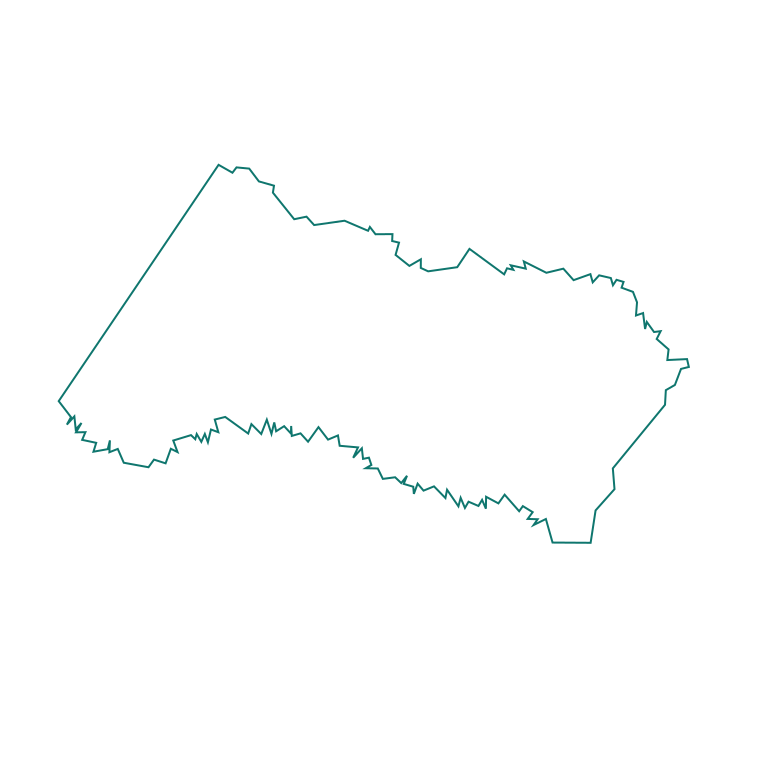 Cumaribo, Vichada, Colombia (orthographic projection), rotated 34°
{"feature_id": "7082276B31805828490385", "entity_name": "Cumaribo", "entity_type": "district", "adm_level": 2, "iso_a3": "COL", "parent_name": "Colombia", "parent_adm1": "Vichada", "projection": "orthographic", "projection_center": [-69.558, 4.15], "detail": "medium", "context": "isolated", "style": "outline", "palette": "teal", "viewbox_px": 768, "rotation_deg": 34, "n_neighbors": 0, "source": "geoboundaries", "source_scale": "gbopen_adm2", "svg_char_len": 1965}
<svg xmlns="http://www.w3.org/2000/svg" viewBox="0 0 768 768"><g transform="rotate(34 384 384)"><path d="M260.0,270.7L237.2,291.3L226.2,288.6L217.4,297.6L184.9,287.5L181.9,281.1L167.0,286.0L151.8,280.8L140.6,286.9L140.2,293.6L124.3,294.8L123.9,580.1L143.0,586.5L143.8,595.0L145.4,584.0L153.8,594.0L155.0,585.5L155.7,596.3L163.4,590.9L165.0,599.1L178.3,593.7L181.0,602.6L191.4,592.5L188.3,584.0L194.5,594.1L199.6,586.7L212.3,594.8L235.3,584.7L235.6,575.3L247.3,571.9L243.5,556.9L250.9,555.9L240.9,548.7L252.6,534.3L258.4,535.3L256.7,530.2L264.9,534.1L263.4,525.6L270.6,530.8L266.0,518.5L273.6,516.6L263.6,508.1L270.8,500.1L299.1,501.0L296.5,491.4L310.2,494.1L306.8,479.1L318.6,488.3L314.5,477.2L321.0,483.5L324.8,474.8L334.6,477.1L330.5,470.7L336.6,478.6L342.4,471.6L353.3,474.3L353.8,456.4L368.7,461.4L374.6,452.4L381.8,460.0L397.9,451.1L399.7,462.4L401.6,449.7L408.5,457.8L412.7,453.5L418.8,458.2L416.0,464.0L426.1,457.5L436.1,463.3L445.4,455.1L453.7,456.5L454.4,447.2L456.2,455.8L465.7,452.8L470.2,458.4L467.6,447.8L476.4,450.3L482.7,440.9L498.7,444.2L495.4,436.4L514.1,443.8L511.2,435.5L520.4,441.5L519.9,434.3L530.5,432.3L530.1,425.2L538.2,430.4L531.7,420.4L545.6,419.0L545.9,408.3L567.2,413.9L567.4,407.6L578.9,407.1L578.6,415.5L587.0,410.2L586.9,417.2L593.7,405.4L612.4,421.2L644.1,400.1L630.1,370.5L633.9,342.3L620.9,326.0L628.6,244.1L621.1,231.5L625.7,222.1L621.8,205.4L627.2,199.4L621.3,193.9L605.5,205.7L600.6,196.2L584.9,194.2L583.8,185.5L578.8,189.9L567.2,185.6L569.7,192.4L559.1,180.3L554.6,186.3L548.1,174.8L538.9,168.4L527.1,171.3L525.5,165.4L518.5,167.6L518.6,174.1L512.8,169.3L501.6,173.6L500.2,183.0L493.7,177.5L483.1,191.9L468.2,188.1L456.4,201.0L431.4,204.2L437.0,209.1L422.7,214.7L427.4,217.0L421.3,219.3L422.3,225.9L379.3,224.2L379.4,246.2L357.6,265.9L349.6,267.2L344.8,260.0L339.0,271.9L321.4,270.5L317.4,258.4L310.8,260.9L307.2,255.0L293.2,264.6L284.5,261.7L285.1,265.9L260.0,270.7Z" fill="none" stroke="#0f766e" stroke-width="2"/></g></svg>